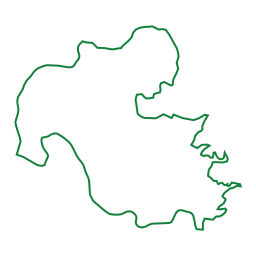 the border of Ōita
{"feature_id": "JPN-1835", "entity_name": "Ōita", "entity_type": "Prefecture", "adm_level": 1, "iso_a3": "JPN", "parent_name": "Japan", "parent_adm1": "", "projection": "orthographic", "projection_center": [131.556, 33.207], "detail": "fine", "context": "isolated", "style": "outline", "palette": "green", "viewbox_px": 256, "rotation_deg": 0, "n_neighbors": 0, "source": "natural_earth", "source_scale": "10m", "svg_char_len": 2933}
<svg xmlns="http://www.w3.org/2000/svg" viewBox="0 0 256 256"><path d="M82.6,41.3L86.0,42.4L92.5,42.9L97.4,47.8L104.4,48.1L112.3,49.4L121.2,48.0L122.2,46.4L128.7,40.6L131.6,37.3L133.1,32.7L135.6,29.8L139.6,27.8L145.1,26.9L149.0,26.8L151.9,26.3L155.0,27.6L158.6,29.6L162.1,29.1L165.7,29.7L169.6,35.2L173.8,42.9L176.8,48.3L178.1,52.5L178.6,56.9L176.7,62.8L178.2,68.7L176.4,73.2L173.2,79.8L172.7,84.8L171.1,85.5L167.0,83.4L164.2,82.0L160.9,83.3L160.0,86.3L160.6,89.7L159.9,92.4L155.4,93.5L153.9,94.3L153.1,97.7L149.5,98.3L145.9,98.3L144.3,97.0L141.8,94.1L136.9,94.7L135.6,99.5L137.7,113.9L141.0,116.5L144.4,117.9L155.9,118.3L163.5,114.3L171.6,118.0L173.6,114.6L182.7,118.1L193.5,120.1L198.6,118.4L204.6,114.9L207.8,115.4L204.2,121.7L202.3,126.2L202.4,129.5L201.1,131.0L198.3,132.1L195.1,136.0L194.3,139.7L191.3,145.0L197.2,148.1L201.9,144.8L207.5,144.7L209.5,145.6L204.7,148.9L201.9,152.1L200.9,154.6L204.0,156.2L205.9,155.3L208.5,155.7L210.3,157.5L212.7,157.7L213.3,155.3L213.7,152.6L215.1,152.5L216.6,156.0L217.9,157.9L219.5,159.0L221.1,159.3L222.8,158.7L223.9,157.5L224.7,152.6L227.8,158.5L227.1,161.3L222.6,162.5L215.6,162.1L212.8,162.2L211.6,166.1L208.8,169.7L208.1,175.9L210.2,177.3L213.8,180.9L216.5,180.9L218.2,184.1L220.1,183.3L221.8,182.8L223.0,183.5L223.9,184.7L225.2,185.3L227.4,184.1L227.3,185.2L228.0,186.2L229.5,185.7L231.8,182.6L236.4,183.5L240.1,184.3L240.6,186.4L237.1,185.8L233.4,187.7L230.1,188.5L224.6,192.8L222.4,196.0L223.2,197.4L224.9,198.2L225.6,199.7L223.8,203.3L222.2,204.6L220.7,205.5L219.1,206.7L217.7,209.1L220.0,209.4L225.2,208.6L226.3,209.8L225.0,212.7L222.2,215.1L218.9,216.6L216.3,216.4L213.0,219.7L204.6,218.6L202.9,223.1L202.9,229.0L202.8,229.7L196.8,229.2L196.0,227.9L195.2,225.2L194.7,221.8L193.2,215.4L191.4,213.2L188.9,212.0L186.2,211.6L182.7,210.4L180.2,210.2L178.0,210.7L176.6,212.2L175.5,213.9L172.9,219.4L171.8,221.3L171.0,222.4L168.7,223.0L152.0,223.7L148.5,224.9L146.4,226.3L142.9,227.3L140.6,227.3L138.6,226.7L137.2,225.5L136.1,223.9L135.8,222.2L136.0,220.4L136.4,218.7L136.4,216.7L135.4,215.0L134.0,213.3L131.9,211.9L129.4,211.3L126.8,211.6L121.7,214.1L118.1,214.7L114.7,214.7L110.0,214.1L107.6,212.8L104.2,210.3L93.1,200.9L90.2,195.0L89.8,192.3L89.2,182.0L88.9,180.0L88.2,177.6L85.7,172.2L83.7,165.8L82.3,163.3L78.7,158.8L77.1,156.4L71.5,145.3L68.7,141.8L62.6,136.9L57.0,133.5L54.4,133.4L51.5,134.3L47.8,136.5L42.3,137.7L41.5,139.1L41.5,141.2L42.7,146.4L43.8,148.7L46.9,153.1L48.0,155.1L47.8,156.9L45.4,162.5L44.6,165.0L42.1,165.9L37.5,165.2L23.1,156.8L16.7,154.6L20.6,141.4L19.9,137.8L16.1,126.0L15.4,122.1L18.1,112.7L18.4,109.0L17.4,103.0L17.3,101.1L17.5,99.3L17.7,98.1L18.2,96.7L22.5,89.7L24.3,84.8L26.3,81.0L30.8,76.1L33.4,72.4L35.7,70.0L37.9,68.3L43.3,66.1L45.9,65.4L47.5,65.2L58.2,65.7L68.9,67.4L71.6,67.1L73.4,66.3L74.7,64.6L75.8,62.5L78.0,59.9L79.1,57.7L79.4,55.6L78.0,50.7L78.0,47.5L78.8,45.5L79.3,44.6L81.6,42.4L82.6,41.3Z" fill="none" stroke="#15803d" stroke-width="2"/></svg>